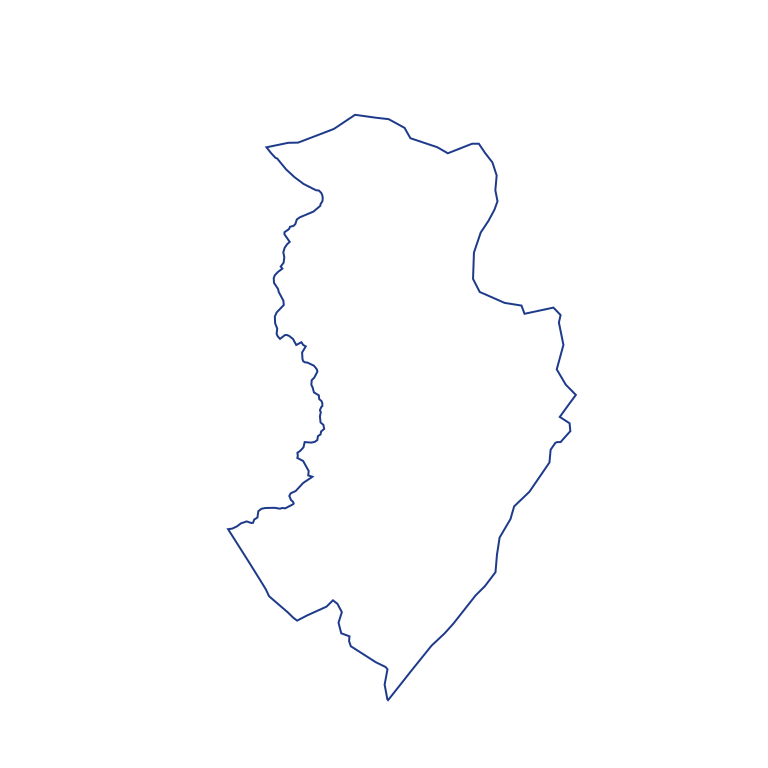 Mayo-Banyo, Adamaoua, Cameroon (Mercator projection), rotated 325°
{"feature_id": "32672807B95498803014525", "entity_name": "Mayo-Banyo", "entity_type": "district", "adm_level": 2, "iso_a3": "CMR", "parent_name": "Cameroon", "parent_adm1": "Adamaoua", "projection": "mercator", "projection_center": [11.642, 6.615], "detail": "fine", "context": "isolated", "style": "outline", "palette": "blue", "viewbox_px": 768, "rotation_deg": 325, "n_neighbors": 0, "source": "geoboundaries", "source_scale": "gbopen_adm2", "svg_char_len": 2806}
<svg xmlns="http://www.w3.org/2000/svg" viewBox="0 0 768 768"><g transform="rotate(325 384 384)"><path d="M599.5,241.6L594.1,237.8L592.3,237.3L568.6,231.6L563.4,220.5L546.6,197.8L547.5,188.3L547.8,186.1L539.7,169.7L530.4,161.5L514.7,146.9L489.2,146.3L452.1,137.0L443.9,131.5L423.5,122.7L423.9,129.7L424.8,136.4L425.9,138.1L425.9,139.0L426.9,152.1L429.3,163.2L432.9,174.1L439.4,186.2L440.8,187.5L441.6,188.1L442.2,191.5L441.7,194.1L440.4,196.7L438.3,199.0L435.3,200.2L434.0,201.5L425.1,202.3L410.9,199.2L407.0,199.2L403.0,202.2L402.1,202.3L400.6,202.6L397.2,201.3L395.0,202.6L389.5,202.6L388.3,204.3L388.3,212.3L388.3,213.5L384.9,213.9L380.8,215.4L377.0,218.4L375.1,222.9L371.4,227.0L367.6,228.3L366.8,228.5L366.9,231.2L361.2,231.4L356.9,232.3L354.4,234.0L351.9,238.1L351.7,245.5L350.5,248.4L349.4,258.0L347.2,261.8L341.7,262.9L337.2,263.8L333.3,266.1L329.7,271.7L328.3,277.4L324.8,281.3L324.3,284.1L324.7,287.4L330.8,287.1L332.4,288.0L333.8,290.0L335.3,295.0L334.9,297.9L334.5,301.7L340.3,302.4L340.2,305.7L341.5,308.3L335.0,311.2L331.7,316.5L330.9,318.7L331.5,320.7L333.6,322.6L337.1,328.8L337.4,333.3L336.6,335.6L335.7,336.1L330.5,338.8L327.0,339.4L324.0,343.0L323.6,345.7L321.8,350.7L324.1,355.9L322.3,359.1L323.0,362.3L322.5,364.3L320.8,366.7L319.3,366.9L316.4,368.8L316.1,370.8L312.9,373.8L312.7,374.2L310.0,379.1L310.9,382.8L309.2,386.5L305.3,386.8L303.1,388.9L300.0,388.8L297.3,391.6L294.3,391.7L291.0,390.4L285.7,386.1L281.7,389.7L277.2,390.7L276.5,390.7L273.6,390.7L272.2,393.4L270.6,394.9L273.6,400.7L272.4,412.1L269.5,415.4L272.1,418.9L260.8,418.7L255.5,419.9L250.2,421.0L244.9,420.0L242.2,421.4L241.3,425.7L241.9,428.3L241.5,430.0L240.8,430.4L231.8,429.2L229.4,427.1L227.3,426.5L223.4,422.7L216.7,418.2L215.6,417.5L212.0,415.9L208.1,416.1L203.7,420.8L199.9,420.6L197.1,422.6L195.6,421.8L192.7,417.8L186.9,416.1L182.1,416.3L178.5,415.7L176.7,415.4L173.0,413.5L171.1,454.8L170.0,475.0L169.4,484.7L168.1,491.9L174.2,515.8L175.6,523.3L177.1,528.0L188.4,529.5L209.3,533.4L215.2,532.4L218.1,531.9L219.8,537.4L218.6,546.7L209.8,553.5L206.0,563.7L211.0,570.9L207.9,574.6L206.4,579.8L217.6,607.0L223.0,616.8L223.2,619.7L212.0,630.7L211.1,632.8L205.9,644.2L206.0,645.3L221.5,640.7L240.4,635.0L272.8,625.6L290.8,623.0L303.7,620.0L337.8,609.7L350.6,607.5L367.4,602.1L378.9,588.3L382.8,584.3L390.6,576.1L410.1,567.2L420.4,558.9L441.2,555.7L467.6,545.8L474.5,543.2L482.8,533.4L490.6,530.5L492.3,530.8L495.4,532.9L498.4,532.1L509.6,529.5L513.5,522.6L509.1,511.8L523.2,506.9L534.9,503.0L532.5,488.8L533.9,471.1L553.4,454.9L562.5,434.0L568.2,428.8L566.6,418.6L539.4,407.1L541.6,398.6L529.3,386.7L515.2,363.5L517.2,349.0L533.1,327.9L550.1,315.4L563.1,310.3L574.4,304.6L581.8,299.4L586.3,289.2L587.9,287.3L595.9,277.8L599.9,264.6L599.3,252.7L599.5,241.6Z" fill="none" stroke="#1e3a8a" stroke-width="2"/></g></svg>